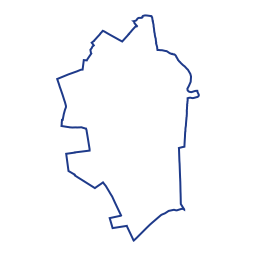 Comana, Giurgiu, Romania (Natural Earth projection)
{"feature_id": "2599482B75147928047629", "entity_name": "Comana", "entity_type": "district", "adm_level": 2, "iso_a3": "ROU", "parent_name": "Romania", "parent_adm1": "Giurgiu", "projection": "natural_earth1", "projection_center": [26.155, 44.161], "detail": "fine", "context": "isolated", "style": "outline", "palette": "blue", "viewbox_px": 256, "rotation_deg": 0, "n_neighbors": 0, "source": "geoboundaries", "source_scale": "gbopen_adm2", "svg_char_len": 5345}
<svg xmlns="http://www.w3.org/2000/svg" viewBox="0 0 256 256"><path d="M133.7,240.6L136.2,238.3L137.4,237.1L139.5,235.0L140.3,234.2L145.0,229.5L146.7,227.8L150.1,224.5L152.6,222.3L153.2,221.8L157.5,218.1L158.3,217.4L158.9,216.9L161.0,215.1L161.5,214.8L162.3,214.4L164.3,213.6L164.8,213.4L166.4,212.4L168.2,211.2L168.5,211.0L168.9,210.9L169.0,210.8L170.1,210.6L173.4,209.9L174.0,209.8L174.5,209.9L174.7,210.0L176.0,210.3L176.4,210.3L176.5,210.3L177.0,210.3L177.3,210.2L180.1,209.3L181.5,208.9L181.9,208.9L182.1,208.9L182.7,208.9L183.1,208.9L184.2,209.6L184.2,209.4L184.1,209.2L183.3,208.0L182.6,206.9L181.1,204.5L180.8,204.0L180.7,198.1L180.6,194.0L180.5,191.4L180.4,186.2L180.3,182.1L180.2,179.9L180.2,179.1L180.1,177.8L180.0,174.9L179.9,172.2L179.7,166.5L179.6,163.8L179.4,160.9L179.0,149.0L178.9,148.0L182.0,147.2L184.4,146.7L184.6,142.6L184.8,139.2L185.0,136.1L185.0,135.2L185.1,133.3L185.2,131.8L185.3,131.7L185.4,131.2L185.4,129.7L185.5,127.9L185.6,127.5L185.9,125.6L186.0,123.5L186.3,119.9L186.3,119.5L186.5,118.9L186.4,118.6L186.4,118.2L186.4,117.9L186.5,117.6L186.7,116.5L186.7,116.2L186.7,115.6L186.7,115.4L186.8,115.2L186.8,114.6L186.8,113.8L186.9,113.2L186.8,112.1L186.9,111.8L186.9,111.6L186.8,111.4L186.8,110.7L186.8,110.0L186.9,109.9L186.9,109.5L187.0,109.0L187.0,107.4L187.1,106.4L187.1,106.0L187.2,105.5L187.2,105.3L187.1,105.2L187.1,104.5L187.2,103.8L187.3,103.6L187.4,103.2L187.4,102.9L187.4,102.7L187.4,101.9L187.5,101.5L187.5,101.3L187.6,101.0L187.6,100.8L187.7,99.7L187.6,99.4L187.6,98.8L187.6,98.5L187.6,98.4L187.6,98.2L188.6,97.9L189.3,97.8L189.9,97.7L190.4,97.7L190.8,97.8L191.8,98.0L192.5,98.1L192.9,98.1L193.6,98.0L194.7,97.7L196.5,97.2L197.4,97.0L197.9,96.7L198.5,96.1L198.6,95.9L198.8,95.4L198.8,94.9L198.7,94.5L197.7,92.5L197.5,92.0L197.3,90.8L196.1,90.8L194.6,91.1L191.6,92.1L191.2,92.1L190.1,92.0L188.7,91.5L188.3,91.1L187.6,90.3L187.4,88.7L188.9,85.9L190.6,82.0L190.7,81.5L191.0,77.2L191.0,76.4L190.3,73.8L189.7,72.8L187.9,69.7L187.0,68.9L184.7,66.4L183.0,65.1L180.9,63.1L180.1,62.2L179.9,61.9L179.6,61.7L179.2,61.4L179.0,61.1L178.8,60.8L178.5,60.4L178.1,60.1L178.0,59.9L177.8,59.4L177.7,59.3L177.5,58.9L177.4,58.5L177.2,58.3L177.1,58.1L177.0,57.9L176.8,57.7L176.7,57.5L176.5,57.3L176.4,57.0L176.4,56.8L176.3,56.6L176.2,56.5L176.1,56.2L175.9,55.9L175.6,55.5L175.4,55.2L175.2,55.1L174.9,54.8L174.8,54.7L174.7,54.6L174.4,54.4L174.0,54.3L173.8,54.4L173.6,54.4L173.4,54.4L173.0,54.3L172.8,54.2L172.5,54.1L172.3,54.0L172.2,54.0L172.2,53.9L171.8,53.9L171.5,53.8L171.4,53.8L171.0,53.6L170.7,53.6L170.5,53.4L170.2,53.4L169.9,53.3L169.7,53.2L168.3,52.2L167.2,51.5L166.6,51.1L166.4,51.1L165.5,51.0L162.9,50.4L162.4,50.3L162.0,50.2L161.4,50.2L160.6,50.2L160.0,50.1L158.5,50.0L157.5,50.0L157.2,48.4L157.2,48.2L157.2,47.6L157.1,47.1L156.9,46.1L156.7,45.5L156.2,43.8L156.2,43.3L156.0,43.0L156.2,42.5L156.1,42.3L156.1,42.0L155.8,40.0L155.8,39.2L155.7,38.8L155.7,38.4L155.5,37.9L155.4,37.6L155.3,37.4L155.3,37.2L155.2,36.9L155.0,35.9L154.9,35.3L154.8,34.6L154.7,33.4L154.5,32.7L154.4,32.5L154.3,31.5L154.2,31.2L154.1,29.6L154.0,28.8L153.8,27.4L153.6,26.5L153.6,26.2L153.6,25.6L153.5,24.6L153.1,22.9L152.9,21.1L152.7,21.1L152.1,17.2L151.5,16.7L151.3,16.3L151.3,16.1L146.9,15.5L145.0,15.4L143.0,15.9L142.5,16.4L142.3,16.7L142.3,17.1L142.4,17.4L142.1,17.6L141.8,17.7L141.1,17.9L140.6,17.9L140.2,17.9L139.2,17.9L138.8,17.9L138.5,18.0L138.1,18.2L137.8,18.4L137.6,18.5L137.4,18.8L137.2,19.0L136.9,19.5L136.7,19.8L136.5,20.1L136.3,20.3L136.0,20.5L135.5,20.7L135.2,20.8L134.5,21.1L134.3,21.1L133.7,21.2L134.0,21.4L134.5,23.2L136.3,25.3L136.6,25.6L137.1,26.2L137.5,26.7L137.3,26.6L136.8,26.5L136.1,26.4L135.7,26.4L135.4,26.6L133.1,29.1L132.1,30.2L131.3,31.2L130.9,31.7L128.6,34.2L128.7,34.3L128.4,34.5L128.1,35.0L126.0,37.3L122.2,41.5L119.2,39.9L116.0,38.1L110.2,34.9L106.9,33.0L104.2,31.4L103.6,31.2L102.8,30.8L102.6,31.0L102.1,31.6L101.4,32.5L100.9,32.9L100.1,33.9L100.1,34.1L97.5,36.9L95.8,38.8L94.6,40.1L94.3,40.4L94.1,40.7L94.1,40.9L93.9,41.0L93.7,41.1L92.8,41.8L91.7,42.7L93.0,44.3L93.8,45.4L93.1,46.0L92.5,46.4L91.7,48.1L90.7,49.4L90.4,49.8L90.7,51.5L90.8,52.0L90.9,52.7L90.9,52.9L91.2,53.4L91.3,53.5L91.2,53.7L89.8,55.7L87.9,58.5L87.2,59.6L87.0,60.0L86.8,60.4L83.8,60.1L82.6,69.6L81.3,69.7L80.7,69.8L79.0,70.5L77.1,71.3L68.4,74.4L57.2,79.0L57.5,79.9L59.0,84.3L59.8,86.9L60.6,89.1L62.6,94.9L64.5,100.9L64.9,102.0L65.4,103.8L65.9,105.7L66.0,106.4L65.9,107.4L65.0,109.7L63.8,114.1L62.7,119.9L62.0,119.9L61.9,121.1L61.8,122.1L61.7,122.8L61.7,123.3L61.8,123.8L61.7,124.3L61.6,124.9L61.5,126.0L67.1,126.9L68.5,127.1L69.3,127.2L69.5,127.3L72.2,127.5L72.8,127.5L75.4,127.4L75.8,127.4L76.3,127.4L76.7,127.5L81.6,127.3L82.6,127.7L84.8,128.3L85.2,128.5L85.8,128.6L86.0,128.6L86.2,129.2L86.5,130.1L86.6,130.5L86.6,130.8L87.3,135.0L87.8,138.0L89.6,149.2L89.6,149.8L89.6,150.3L89.6,150.6L82.3,151.5L81.6,151.6L74.8,152.4L74.8,152.6L66.2,153.8L68.5,171.0L74.8,174.7L74.8,175.4L77.1,176.9L78.2,177.6L80.6,179.1L85.7,182.3L94.9,188.1L96.4,187.0L99.3,185.0L100.8,184.0L103.0,182.4L104.2,184.0L105.1,185.1L105.6,185.7L105.9,186.1L107.8,189.3L109.0,191.3L109.6,192.3L109.9,192.9L110.3,193.5L110.7,194.2L112.2,196.6L114.9,202.5L117.6,208.2L121.1,215.5L120.9,215.7L109.7,218.1L112.6,228.1L126.7,225.9L126.7,226.0L126.8,226.0L127.1,226.7L130.9,234.7L132.6,238.3L132.9,239.0L133.6,240.5L133.7,240.6Z" fill="none" stroke="#1e3a8a" stroke-width="2"/></svg>